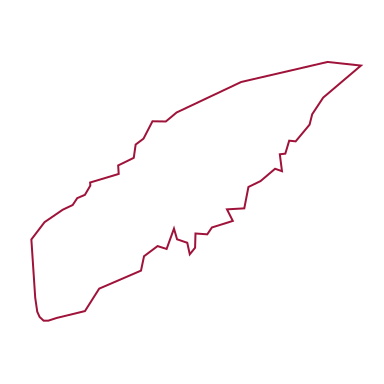 Pasquotank, North Carolina, United States of America, rotated 96°
{"feature_id": "52423323B46156622998042", "entity_name": "Pasquotank", "entity_type": "district", "adm_level": 2, "iso_a3": "USA", "parent_name": "United States of America", "parent_adm1": "North Carolina", "projection": "robinson", "projection_center": [-76.265, 36.317], "detail": "fine", "context": "isolated", "style": "outline", "palette": "rose", "viewbox_px": 384, "rotation_deg": 96, "n_neighbors": 0, "source": "geoboundaries", "source_scale": "gbopen_adm2", "svg_char_len": 813}
<svg xmlns="http://www.w3.org/2000/svg" viewBox="0 0 384 384"><g transform="rotate(96 192 192)"><path d="M73.5,143.2L77.5,154.7L114.5,215.6L124.6,225.4L125.8,238.7L144.0,245.8L150.7,253.0L164.1,253.5L173.3,268.2L181.7,266.8L193.2,294.3L196.3,293.8L206.0,298.2L210.1,305.5L217.4,309.3L223.2,318.8L237.4,335.5L256.0,346.8L313.4,336.9L327.2,333.4L332.2,330.5L335.5,326.1L335.0,321.5L331.4,313.4L321.6,286.0L297.8,274.2L275.5,234.5L260.9,233.0L249.4,220.6L251.3,211.3L230.3,206.1L240.6,201.9L243.0,191.4L254.2,187.7L247.1,183.1L232.9,184.2L232.5,172.4L225.2,168.5L216.5,148.4L205.6,155.4L202.8,138.3L181.1,136.4L174.0,125.0L160.2,111.8L161.9,104.7L145.3,108.6L144.1,103.2L130.8,100.7L130.8,94.2L112.7,82.1L102.1,80.6L84.4,71.4L48.6,37.2L48.5,70.8L73.5,143.2Z" fill="none" stroke="#9f1239" stroke-width="2"/></g></svg>